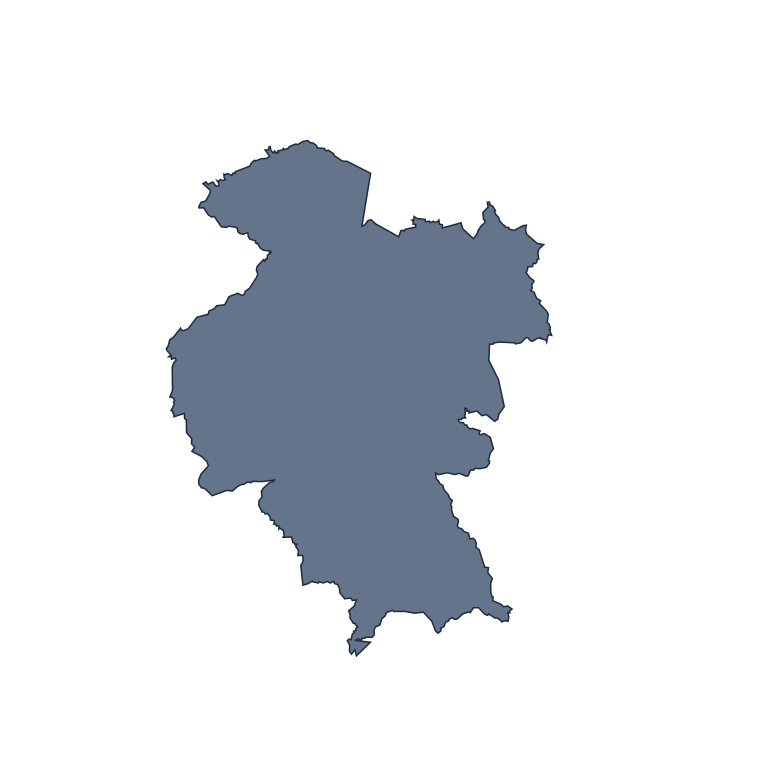 outline of Casimiro Castillo, Jalisco, Mexico, rotated 147°
{"feature_id": "50627088B6848821284294", "entity_name": "Casimiro Castillo", "entity_type": "district", "adm_level": 2, "iso_a3": "MEX", "parent_name": "Mexico", "parent_adm1": "Jalisco", "projection": "orthographic", "projection_center": [-104.478, 19.614], "detail": "fine", "context": "isolated", "style": "filled", "palette": "slate", "viewbox_px": 768, "rotation_deg": 147, "n_neighbors": 0, "source": "geoboundaries", "source_scale": "gbopen_adm2", "svg_char_len": 6159}
<svg xmlns="http://www.w3.org/2000/svg" viewBox="0 0 768 768"><g transform="rotate(147 384 384)"><path d="M409.3,117.4L406.2,120.5L404.9,124.7L403.0,123.5L402.7,125.2L399.2,125.5L401.1,130.4L405.0,132.1L405.8,135.4L410.8,143.1L408.5,145.8L409.1,147.1L408.2,150.4L403.4,158.4L399.1,161.8L399.7,169.3L396.4,173.0L399.3,175.6L394.5,193.0L395.7,197.4L393.5,199.9L392.6,203.4L393.3,206.1L396.3,207.4L394.4,213.0L397.1,216.5L397.7,220.5L399.6,222.5L399.9,225.0L396.6,227.9L395.5,230.2L397.7,235.0L395.8,242.1L394.1,243.8L394.1,246.2L390.1,249.2L391.3,252.9L390.3,255.8L391.3,262.8L389.9,266.9L391.4,270.1L391.1,273.4L391.9,275.5L389.2,281.5L387.8,278.4L378.9,274.9L374.2,269.7L369.5,268.0L364.7,261.3L362.8,261.5L358.4,264.7L355.8,263.0L353.3,263.6L350.0,260.9L343.6,258.3L338.7,260.1L337.4,262.0L338.1,263.1L332.5,268.2L327.5,270.1L323.9,281.3L326.8,287.8L331.0,289.0L331.4,290.6L328.8,292.4L334.1,298.7L336.5,299.6L337.5,303.2L336.8,304.3L338.5,305.7L338.6,308.5L341.3,310.4L341.5,312.9L340.8,313.7L338.3,312.0L337.3,313.0L334.0,311.1L334.0,313.6L332.3,314.3L328.9,320.2L329.2,318.7L328.1,318.0L329.3,316.0L327.4,314.6L328.5,313.5L320.7,310.7L319.2,304.1L314.8,302.6L311.5,292.4L307.8,292.5L303.7,296.3L295.4,299.6L285.6,325.3L283.2,346.7L273.8,359.9L270.8,358.0L269.5,358.5L264.6,356.5L252.4,347.6L251.7,345.9L246.7,344.0L239.9,345.5L238.2,344.7L237.6,340.4L236.1,338.9L230.0,338.8L227.7,337.5L228.2,337.2L224.3,332.7L224.8,330.5L220.4,335.1L218.8,335.6L216.9,333.5L215.8,339.4L215.0,339.0L213.8,341.0L212.9,344.7L213.6,346.7L208.2,353.0L208.0,357.3L209.9,367.2L207.3,368.4L209.3,372.7L208.2,379.2L210.1,382.5L207.6,383.5L205.9,387.0L202.5,388.2L202.1,389.2L203.7,393.6L204.1,400.3L201.9,401.1L199.5,404.0L195.5,401.5L193.0,404.0L191.5,402.5L189.7,402.9L187.6,405.0L186.2,404.5L183.7,409.8L180.8,412.7L174.1,413.9L179.0,418.6L182.8,432.1L181.2,436.5L178.1,439.7L181.4,441.1L191.2,442.0L194.6,445.6L194.1,447.1L196.9,449.7L196.4,451.2L197.3,451.8L198.2,457.8L197.1,461.3L197.9,464.8L197.3,468.8L196.0,468.8L196.1,474.2L197.5,476.6L196.4,479.1L198.4,480.2L200.3,475.7L207.7,473.9L210.9,467.9L210.3,465.7L212.6,464.1L215.8,463.9L221.4,461.5L225.0,458.7L229.9,457.3L233.4,471.4L231.6,477.2L250.0,483.1L248.3,485.7L250.4,488.0L248.7,491.6L251.0,490.9L253.5,492.2L254.1,493.7L256.2,493.7L257.6,494.8L257.2,495.7L260.9,497.8L259.8,499.6L265.9,504.6L267.6,508.1L269.5,505.4L271.3,506.3L271.0,504.2L272.6,502.4L270.6,500.4L272.0,498.4L282.1,502.2L283.9,501.3L284.6,502.8L286.3,503.4L291.5,499.5L303.8,522.8L305.4,528.9L308.6,529.8L313.3,527.9L316.6,528.4L280.5,568.0L293.6,590.7L297.6,593.8L301.3,602.5L300.8,604.6L303.4,610.5L305.7,611.1L305.8,614.1L311.5,618.5L310.7,620.6L312.3,624.8L314.5,626.6L315.2,629.6L319.7,631.5L326.1,631.8L327.2,633.3L330.8,634.1L334.3,634.6L335.9,633.8L340.1,635.1L340.2,636.4L341.5,635.5L346.0,637.3L346.6,635.5L348.2,637.0L348.7,635.8L349.0,639.1L350.6,637.8L351.2,638.8L351.6,641.5L350.2,645.2L351.1,645.6L353.5,643.4L356.3,645.0L355.9,637.2L359.7,637.2L364.7,639.9L370.5,641.1L370.7,642.2L375.1,641.5L377.8,639.8L393.2,643.1L394.0,641.7L395.8,643.1L397.9,641.7L400.9,646.0L403.0,645.7L403.9,647.3L405.5,644.6L405.6,641.8L408.7,642.6L409.8,644.5L412.5,644.2L413.2,645.4L413.3,641.9L414.7,640.2L417.3,641.7L417.5,646.7L422.8,647.3L423.4,650.6L426.7,650.6L424.2,640.8L425.7,639.0L433.9,634.6L438.5,636.0L442.9,633.5L443.1,632.2L439.3,630.1L439.2,621.6L437.7,617.9L435.1,617.0L434.8,604.3L430.7,601.1L428.4,601.0L423.1,596.3L422.3,594.6L423.6,590.8L422.8,588.5L420.6,586.3L415.8,585.2L417.6,581.3L417.6,578.5L413.8,574.0L414.8,572.6L414.5,571.1L413.5,571.0L413.7,565.3L412.6,562.3L406.8,557.0L407.3,555.6L408.7,556.5L409.1,555.5L411.5,555.6L413.6,552.8L414.9,553.3L416.2,552.2L417.4,552.0L417.1,553.8L418.3,553.8L426.5,551.6L428.9,549.2L430.0,544.8L432.9,542.8L444.7,537.5L449.7,537.3L452.9,535.2L454.8,535.6L457.2,539.7L465.1,541.5L466.8,541.5L474.4,537.2L481.8,540.8L485.2,539.6L490.9,540.5L493.4,538.3L504.5,541.9L518.2,537.0L522.7,537.8L524.7,539.5L524.2,541.6L534.6,538.1L539.6,537.7L544.5,533.3L547.3,532.3L547.8,530.2L546.7,524.3L549.7,524.1L547.5,522.5L548.7,520.5L544.9,519.4L545.3,517.3L548.9,516.2L552.4,513.5L564.8,493.8L570.7,489.8L568.4,487.1L568.4,484.3L570.2,483.8L570.8,481.4L577.1,477.6L576.0,476.0L577.0,474.2L576.4,473.2L578.0,470.9L567.5,468.1L570.0,463.7L569.3,461.6L576.1,450.7L575.1,442.9L578.0,438.7L577.1,434.3L581.8,432.1L576.3,422.3L574.8,415.1L575.9,411.0L586.6,408.1L591.5,404.6L593.9,400.9L593.6,396.4L591.2,393.9L588.9,383.9L574.1,380.5L569.3,376.8L562.8,377.8L558.6,377.5L556.6,376.2L551.4,376.2L549.8,373.9L546.8,373.6L539.0,368.3L528.3,363.2L530.4,362.5L533.6,363.7L542.6,362.2L545.4,360.6L547.9,355.7L552.5,354.1L555.0,350.7L556.0,343.0L554.4,341.8L554.5,339.8L552.1,338.7L552.1,334.0L553.4,331.9L550.7,329.4L551.0,327.8L552.8,326.5L551.2,325.6L551.6,323.4L550.0,323.1L549.6,321.7L551.2,319.7L549.8,320.0L549.0,317.3L547.9,316.7L550.3,311.3L552.1,310.4L544.9,306.0L546.9,300.5L545.6,299.7L546.2,297.6L544.5,297.1L546.5,295.7L546.4,290.8L549.7,287.2L545.7,284.5L546.2,282.9L548.8,279.1L552.6,277.2L561.6,259.4L556.1,257.8L551.6,257.9L551.8,257.1L547.4,252.8L545.9,253.5L543.3,250.2L539.0,249.3L537.6,246.4L533.6,245.9L534.1,243.5L532.0,240.8L532.8,236.4L534.7,233.0L534.0,225.3L529.6,223.2L528.3,221.8L528.4,219.7L524.7,217.9L530.1,213.9L537.2,213.1L538.1,209.0L539.9,206.4L540.1,200.1L538.4,198.7L539.0,198.0L538.2,194.7L541.0,194.2L541.8,192.6L544.2,193.3L544.5,191.7L546.5,191.7L550.9,187.5L552.2,189.1L554.5,188.8L555.1,183.6L558.6,178.5L558.4,175.1L553.2,176.9L555.2,171.0L536.0,174.8L547.3,184.2L546.0,184.7L544.1,184.0L542.3,181.6L540.6,182.6L538.5,181.2L536.9,181.4L531.9,178.0L528.7,179.0L526.8,182.5L523.9,184.9L518.7,184.1L513.8,188.3L509.5,188.8L506.4,191.0L500.1,189.5L499.7,187.9L489.9,181.6L483.4,175.3L475.3,171.2L473.1,159.2L475.3,148.7L474.5,145.6L471.0,145.9L469.0,148.2L465.8,147.9L461.7,150.8L458.8,150.1L456.9,151.4L453.9,150.6L453.0,148.2L450.5,147.0L443.2,148.3L437.2,146.8L436.2,145.3L430.8,147.6L426.5,144.9L425.0,136.1L423.0,133.4L421.5,134.3L418.4,127.2L416.6,126.4L414.6,121.3L415.1,120.6L410.8,119.2L409.3,117.4Z" fill="#64748b" stroke="#1e293b" stroke-width="1.5"/></g></svg>